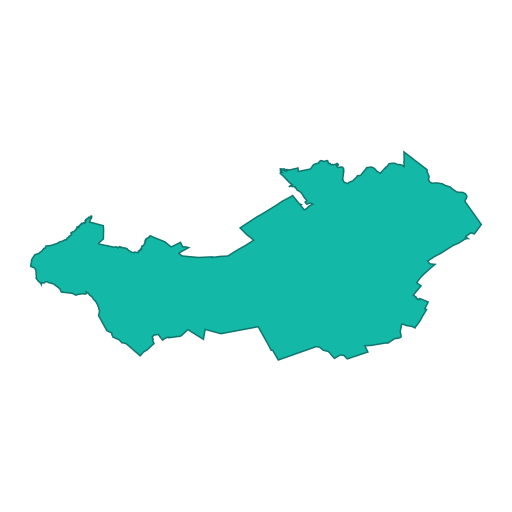 outline of Raucesti, Neamt, Romania
{"feature_id": "2599482B39967061360083", "entity_name": "Raucesti", "entity_type": "district", "adm_level": 2, "iso_a3": "ROU", "parent_name": "Romania", "parent_adm1": "Neamt", "projection": "robinson", "projection_center": [26.386, 47.259], "detail": "fine", "context": "isolated", "style": "filled", "palette": "teal", "viewbox_px": 512, "rotation_deg": 0, "n_neighbors": 0, "source": "geoboundaries", "source_scale": "gbopen_adm2", "svg_char_len": 5994}
<svg xmlns="http://www.w3.org/2000/svg" viewBox="0 0 512 512"><path d="M30.7,266.4L34.7,268.0L35.8,270.4L36.2,272.6L36.0,274.1L36.4,276.0L36.1,278.4L37.0,279.2L38.1,281.0L40.7,283.2L41.4,284.6L41.7,282.6L44.2,283.0L45.3,281.8L47.5,281.7L48.3,282.5L53.5,283.9L57.2,286.7L59.6,288.6L60.1,289.3L61.2,291.9L61.5,292.1L72.3,293.3L75.9,295.2L77.7,294.5L80.4,294.1L81.0,293.9L82.9,293.7L84.6,294.1L85.8,293.9L86.5,293.5L86.6,293.1L86.2,291.9L88.0,292.9L89.9,295.4L90.5,295.6L92.5,297.4L93.2,298.9L95.9,301.7L96.3,302.7L97.5,304.6L97.8,306.0L98.7,307.3L98.9,309.2L99.5,310.7L99.1,313.6L98.6,314.8L98.7,315.9L106.9,330.7L111.6,332.9L111.9,334.6L112.9,337.0L119.3,339.9L121.9,342.8L125.7,343.3L140.2,355.8L143.3,352.2L147.2,349.8L154.0,343.5L152.7,340.5L153.2,339.2L152.2,337.0L153.9,335.2L158.1,334.4L162.6,340.1L164.5,338.7L168.0,337.1L168.5,337.2L168.6,337.7L169.7,337.6L170.3,337.3L170.8,337.5L176.0,336.8L175.9,336.6L178.5,336.5L179.1,336.3L180.0,336.4L182.0,335.1L187.8,329.6L203.4,339.3L205.1,329.4L221.0,333.7L258.2,326.7L269.2,346.4L271.1,350.2L272.7,350.3L278.3,360.0L316.2,346.6L319.7,347.2L323.1,350.2L328.1,351.4L329.5,352.6L334.4,358.4L340.0,355.1L340.8,355.0L343.8,355.4L345.0,356.5L347.2,358.9L367.9,352.0L364.8,345.7L371.1,345.4L385.5,343.0L387.9,343.1L394.3,338.8L398.5,338.1L400.4,337.5L400.9,337.0L401.1,336.6L400.8,334.1L400.2,331.7L400.4,330.4L401.3,326.6L401.4,325.2L401.9,323.9L406.6,325.6L411.8,326.4L415.1,327.9L415.4,327.1L419.8,321.2L423.1,315.2L426.6,309.5L424.8,308.8L428.2,302.0L419.9,298.6L419.6,298.6L419.1,299.5L418.7,299.3L418.5,299.7L417.6,299.3L417.8,299.0L416.3,298.1L415.9,297.6L416.2,297.2L413.3,295.1L421.0,285.9L416.6,282.7L420.7,277.3L423.5,274.5L430.4,268.2L435.0,264.4L430.2,263.9L429.1,263.1L427.7,261.1L434.2,256.7L441.3,253.0L453.0,245.5L458.8,243.0L464.6,239.3L466.8,238.5L467.9,238.5L465.4,236.9L470.8,232.8L474.4,233.9L481.3,224.5L465.2,201.8L465.0,200.4L466.3,198.6L466.9,196.7L466.4,195.3L465.5,193.8L462.9,192.4L458.9,192.3L456.4,191.8L452.2,188.8L450.1,187.0L445.0,185.3L442.3,183.8L436.6,182.9L432.2,183.2L430.2,182.3L429.0,181.1L429.1,180.3L428.3,179.5L429.1,177.1L429.0,176.1L427.1,171.8L427.1,169.7L404.0,152.0L404.2,159.9L403.8,162.6L404.3,164.0L404.0,164.9L404.2,165.6L404.1,166.7L402.0,165.1L399.7,164.6L397.6,164.5L394.7,163.3L391.9,163.3L389.1,163.7L386.1,167.7L385.7,167.4L380.2,173.3L376.8,171.1L374.7,168.7L373.4,167.8L371.2,167.0L366.6,167.7L365.7,169.1L360.6,175.4L358.7,175.7L357.5,175.7L356.7,177.0L352.8,180.8L349.0,182.4L347.8,183.5L347.2,183.6L346.3,183.0L345.5,182.8L344.3,182.2L343.6,181.5L342.9,179.6L342.4,179.6L342.8,178.4L343.8,171.0L343.4,171.0L343.7,170.0L343.6,169.0L343.4,168.3L342.7,167.4L341.9,167.0L339.1,167.2L337.8,167.6L336.7,166.1L336.5,165.5L338.0,165.4L338.4,164.9L337.7,163.8L337.0,163.4L335.8,164.1L333.8,164.8L332.6,164.4L331.6,164.7L330.6,164.6L330.3,163.6L330.1,163.5L328.4,163.4L328.5,162.6L328.0,162.1L327.6,160.7L327.1,160.5L323.7,161.6L322.8,160.9L320.9,160.6L320.1,161.2L319.3,161.4L318.9,162.9L314.8,164.1L313.5,164.8L310.4,169.0L298.3,171.5L298.0,168.0L289.0,170.1L288.2,169.7L286.7,169.5L286.2,170.0L286.8,170.1L287.0,170.6L286.4,171.3L286.1,171.0L285.3,171.0L285.1,170.7L284.4,170.5L285.1,170.0L285.0,169.7L284.9,169.4L284.5,169.6L284.0,168.8L283.4,169.1L282.6,169.0L282.5,169.4L282.0,169.2L281.9,169.6L281.5,169.5L281.3,168.9L280.4,168.8L280.5,169.3L280.3,169.8L280.9,170.1L281.2,170.4L280.5,170.6L280.5,171.3L280.7,171.6L281.1,171.3L281.4,171.4L281.5,171.6L281.1,172.0L281.6,172.3L280.8,172.3L280.2,173.2L284.3,177.1L289.4,182.6L292.3,184.6L289.4,186.4L289.6,186.6L291.0,185.9L292.9,186.8L293.6,186.4L295.3,186.7L295.1,187.7L296.3,188.4L297.0,189.9L297.5,190.3L299.9,191.6L302.0,193.8L304.5,197.9L306.9,200.4L306.3,201.3L305.1,202.1L306.7,204.2L310.3,202.9L312.8,204.2L310.2,205.4L309.1,206.1L306.4,208.8L304.1,209.8L300.4,205.0L301.2,204.5L299.4,203.9L292.6,195.5L289.4,197.5L282.1,201.3L276.7,205.0L262.1,214.0L257.0,216.8L240.1,227.9L246.9,234.8L249.3,236.6L249.5,236.6L253.7,240.2L245.8,245.3L239.0,249.1L232.2,253.2L228.8,255.5L227.5,256.1L220.0,256.4L214.5,257.2L212.2,256.9L212.0,257.5L211.6,257.0L211.1,256.9L198.5,257.5L182.4,256.0L180.9,255.1L178.9,253.4L180.9,251.9L188.6,247.6L185.6,246.9L182.8,246.9L182.0,245.3L181.4,244.6L180.6,242.3L171.2,247.0L164.9,241.8L153.6,237.3L150.7,235.9L149.4,236.1L149.3,236.4L149.5,237.0L148.7,237.4L148.6,237.8L147.8,237.9L146.3,238.7L145.6,239.4L145.9,240.0L145.8,240.5L145.2,240.6L145.2,241.3L144.8,241.8L145.1,242.2L144.9,243.1L144.5,243.4L143.8,245.1L142.8,245.9L142.0,246.0L141.4,248.1L140.7,249.0L141.3,248.9L141.7,249.2L141.4,249.6L139.4,250.6L139.2,251.0L138.8,251.0L139.0,251.5L137.9,252.1L138.0,252.7L137.6,252.8L135.7,252.1L134.8,252.4L134.2,252.2L133.3,252.7L132.2,252.4L129.9,251.3L129.4,250.8L128.5,250.4L126.9,248.5L125.9,248.5L125.5,248.0L123.9,248.0L123.0,247.6L121.7,247.6L121.4,247.2L120.9,247.4L120.7,247.1L120.2,247.1L119.6,246.6L118.1,247.9L117.7,247.7L117.6,247.4L116.1,246.8L113.8,247.1L112.3,246.9L111.0,246.5L109.0,246.3L108.4,245.8L105.8,245.5L98.6,243.9L99.1,242.6L99.6,242.1L103.4,238.9L103.6,230.7L103.4,226.0L103.3,225.7L102.9,225.6L89.5,222.0L90.1,220.1L91.6,217.8L91.7,216.6L91.6,216.2L91.1,215.9L90.7,216.6L90.1,217.1L90.0,217.5L89.4,217.2L88.6,217.2L88.4,217.4L88.4,218.2L87.4,218.4L85.8,219.7L86.0,220.0L85.4,220.4L85.9,220.8L85.3,221.3L85.3,222.3L84.3,222.6L84.9,223.1L84.8,223.4L83.6,222.9L82.9,223.2L81.5,223.3L81.3,223.7L81.5,224.5L81.3,224.7L80.6,224.5L79.5,225.6L78.8,226.4L79.0,226.9L78.9,227.3L78.4,227.3L78.3,226.7L77.0,227.0L76.9,227.1L77.3,227.6L76.9,228.2L76.8,228.6L76.4,228.7L76.2,229.7L75.2,230.1L73.9,231.7L72.6,231.9L71.0,232.8L70.9,233.3L71.7,233.9L71.5,234.6L70.6,235.5L69.1,236.2L68.6,237.3L68.3,237.6L67.1,238.1L66.6,239.6L64.5,240.0L63.1,240.9L59.0,242.2L57.4,243.3L52.5,245.0L50.2,245.6L46.0,246.0L45.1,248.2L43.9,248.4L41.7,251.2L40.3,252.1L38.6,253.5L34.9,254.7L32.5,258.2L31.5,260.2L31.6,262.4L31.2,263.0L30.9,263.9L30.7,266.4Z" fill="#14b8a6" stroke="#0f766e" stroke-width="1.5"/></svg>